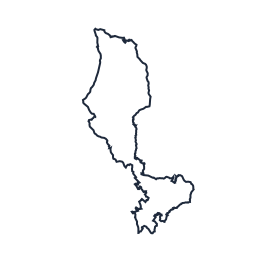 Vanatori, Mures, Romania, rotated 229°
{"feature_id": "2599482B98796527155526", "entity_name": "Vanatori", "entity_type": "district", "adm_level": 2, "iso_a3": "ROU", "parent_name": "Romania", "parent_adm1": "Mures", "projection": "natural_earth1", "projection_center": [25.005, 46.213], "detail": "fine", "context": "isolated", "style": "outline", "palette": "slate", "viewbox_px": 256, "rotation_deg": 229, "n_neighbors": 0, "source": "geoboundaries", "source_scale": "gbopen_adm2", "svg_char_len": 5778}
<svg xmlns="http://www.w3.org/2000/svg" viewBox="0 0 256 256"><g transform="rotate(229 128 128)"><path d="M224.3,168.5L224.1,167.0L223.3,166.5L219.5,164.9L218.9,164.4L217.0,164.4L216.1,164.1L212.5,160.8L210.0,159.5L209.6,157.8L209.1,157.9L208.8,158.3L208.5,157.7L207.7,157.6L207.4,157.2L205.4,156.3L201.9,155.8L200.5,155.0L198.4,153.2L197.8,151.7L197.0,150.7L196.3,150.5L195.4,149.7L189.7,141.9L186.5,136.4L185.3,134.9L184.3,132.2L183.1,130.5L182.5,128.0L182.4,126.2L181.7,125.0L180.1,123.2L179.8,121.6L179.8,119.9L178.4,116.4L178.3,115.1L178.7,112.4L177.0,111.4L176.7,111.0L175.8,110.7L170.2,111.6L167.1,110.5L164.0,110.0L162.4,110.2L161.2,111.4L158.1,110.8L157.9,110.6L158.5,110.3L158.6,109.2L158.3,108.3L158.5,107.1L158.1,106.4L158.1,105.9L158.8,105.4L159.6,103.7L158.9,102.6L158.3,102.7L156.4,101.9L155.8,101.1L154.1,100.1L148.9,100.5L146.4,99.4L145.5,99.3L144.5,99.7L142.3,99.8L140.7,100.5L140.0,101.1L138.3,101.7L136.1,103.6L134.4,104.2L132.3,104.2L131.8,104.0L131.3,102.9L130.9,102.6L129.1,102.2L127.0,102.4L126.6,101.4L125.4,101.4L125.1,100.7L124.8,101.2L124.1,101.2L124.1,101.6L123.6,100.9L121.2,99.3L120.0,99.0L117.3,98.9L116.0,97.7L114.7,96.9L114.2,96.8L113.8,97.3L112.3,97.9L110.0,97.2L108.4,100.0L106.4,101.5L105.0,101.6L101.5,100.3L99.6,100.4L100.3,102.1L100.4,103.6L100.2,104.1L99.3,104.5L99.4,105.5L99.2,106.0L97.1,106.8L95.4,105.3L94.7,104.3L92.6,102.8L91.3,103.3L90.2,102.0L85.6,101.8L85.8,100.4L79.3,100.8L79.5,100.1L79.7,100.3L80.3,99.6L78.7,98.5L79.1,98.0L80.5,97.8L81.0,97.2L81.1,96.3L78.6,96.3L75.3,95.5L74.7,96.2L75.7,97.1L76.1,98.4L75.9,98.8L74.7,99.1L74.1,98.7L73.9,98.2L73.6,98.1L71.8,98.1L69.4,97.8L68.8,98.9L69.1,99.3L68.4,100.1L68.0,99.6L67.1,99.3L67.0,98.0L66.7,97.1L65.9,97.3L64.4,96.6L63.5,97.3L61.7,97.7L60.7,95.7L60.7,95.3L61.5,94.8L60.7,92.6L65.3,91.9L65.2,91.0L64.8,91.0L65.1,88.1L61.8,87.0L60.5,86.3L59.8,85.3L58.3,85.2L59.2,83.6L60.0,82.8L62.7,82.0L62.5,81.2L61.1,80.8L60.5,81.7L58.9,81.3L60.3,78.0L61.4,76.6L62.1,76.4L62.3,75.9L60.4,75.7L59.2,77.4L57.6,76.7L56.4,75.2L56.3,75.4L54.9,74.3L51.4,73.4L49.7,71.8L46.6,70.7L45.2,69.8L42.0,67.0L41.8,67.3L42.2,68.1L42.2,68.9L41.5,69.8L42.4,73.1L43.6,73.0L44.0,73.7L43.6,74.4L43.5,76.0L41.4,77.1L40.3,76.8L38.4,77.2L33.8,76.5L32.8,77.0L32.4,77.6L32.9,79.2L32.4,80.3L34.1,81.5L34.4,82.1L35.7,83.6L35.8,84.6L35.3,85.7L36.9,87.0L37.5,86.8L39.7,87.0L41.6,86.1L42.6,90.5L44.4,90.1L44.7,91.7L43.4,92.6L42.9,93.5L43.1,94.5L44.2,94.1L44.3,94.8L43.0,95.9L42.4,95.9L41.8,95.5L40.7,96.5L39.9,96.1L40.5,95.0L40.3,94.5L39.9,93.8L38.3,92.8L37.6,91.6L35.9,91.9L34.9,93.5L33.8,93.6L33.2,94.0L33.8,94.9L34.1,96.8L36.2,99.5L36.1,100.1L36.5,99.9L37.7,100.2L37.6,101.1L37.2,101.8L37.8,102.1L37.5,102.4L37.6,102.8L37.3,104.1L37.6,104.7L38.1,104.7L38.2,105.1L37.9,106.0L38.1,106.7L37.6,107.5L37.8,107.7L37.1,108.7L37.2,109.4L37.8,109.6L37.4,110.0L37.6,110.2L37.7,110.6L36.4,111.4L35.6,112.5L36.1,113.5L35.9,113.9L36.1,117.0L35.7,118.1L36.0,118.7L35.6,119.3L35.6,120.0L34.7,121.2L33.9,122.9L33.2,123.4L33.0,124.0L32.3,124.3L32.0,125.3L32.0,126.2L31.7,126.4L32.4,126.9L32.9,127.6L33.7,127.9L34.3,129.3L36.8,131.5L37.1,132.5L37.9,133.4L38.6,137.3L39.6,137.6L40.5,138.5L41.8,139.3L43.5,139.5L44.2,139.1L46.1,139.7L48.0,138.2L49.3,136.4L51.1,136.0L52.4,136.1L56.1,137.2L58.1,136.5L58.9,135.5L58.8,135.0L59.3,135.0L59.3,134.2L59.0,133.3L59.3,132.9L59.2,132.7L59.8,132.6L59.3,132.4L58.9,131.6L58.3,131.2L58.5,130.9L58.0,130.7L57.9,130.0L57.3,129.8L57.4,129.5L56.8,129.3L56.8,128.6L56.4,128.4L56.3,127.4L55.9,127.4L56.0,127.1L58.5,126.6L59.5,126.1L59.8,127.5L60.7,129.6L61.4,130.2L61.1,128.5L62.5,126.6L63.6,126.4L65.8,125.2L66.2,124.2L66.0,123.7L66.3,121.8L67.3,121.2L68.3,120.0L69.4,119.1L70.2,117.6L70.9,117.0L70.9,115.6L73.6,114.9L73.6,114.6L74.4,114.0L78.8,112.1L82.2,108.9L84.3,107.8L84.9,108.3L83.8,108.8L82.9,108.8L82.7,109.3L84.2,110.2L85.2,110.3L85.7,111.3L86.2,111.5L86.5,113.3L88.5,115.0L89.5,115.5L90.0,116.2L90.0,116.9L90.4,117.2L91.0,117.1L91.0,116.4L91.5,115.8L93.1,115.4L93.7,115.0L94.2,115.1L94.0,116.1L94.5,116.9L95.8,115.9L97.8,115.6L98.2,115.2L99.3,115.4L100.3,114.7L99.4,113.7L100.5,113.3L100.8,113.9L101.3,113.8L101.9,114.3L102.4,115.5L103.1,115.5L104.2,116.5L104.1,117.0L105.8,118.7L106.0,119.4L106.9,120.4L107.1,121.2L109.9,122.8L109.9,123.6L110.3,124.0L112.7,124.7L113.2,125.2L113.5,125.9L115.9,127.2L115.8,127.6L116.0,127.9L117.3,128.6L117.4,129.7L118.5,130.3L119.3,131.3L120.7,132.4L121.4,133.3L121.5,133.7L122.4,134.2L124.0,134.3L124.5,135.3L124.7,134.6L125.1,134.6L124.9,134.8L124.9,135.1L126.0,135.4L127.3,134.7L127.4,135.1L128.4,135.4L128.4,135.7L129.3,135.8L130.3,136.5L131.0,137.2L130.7,137.7L130.9,137.9L131.4,137.7L132.0,138.8L132.9,138.8L133.2,140.8L133.0,142.1L133.6,144.3L133.2,145.7L133.9,147.8L133.9,148.4L133.4,150.0L132.4,152.3L132.1,155.6L131.5,156.1L130.3,158.4L131.1,159.5L135.4,163.8L136.8,165.6L139.8,165.9L141.0,166.4L142.6,168.6L144.3,169.3L145.2,170.3L146.9,171.2L147.8,172.6L149.2,173.6L150.8,173.7L153.8,175.0L154.2,175.4L154.8,177.3L156.4,178.8L159.4,179.6L160.2,180.3L160.5,180.9L161.5,182.0L162.2,182.5L163.9,183.1L165.2,183.0L167.4,181.9L171.1,181.8L171.9,182.0L175.5,181.8L177.4,183.3L179.3,184.2L180.0,185.0L183.5,186.1L184.0,186.6L184.3,187.7L185.2,189.0L187.5,188.4L189.5,188.4L190.5,188.2L192.1,188.4L192.6,187.0L193.5,187.2L193.9,186.8L193.9,186.4L193.7,186.1L193.1,185.9L193.4,185.2L194.8,184.7L195.3,183.6L195.4,183.4L194.9,183.2L194.3,182.6L194.2,181.8L195.7,181.6L197.7,181.9L197.2,183.0L196.6,183.5L198.8,184.2L199.5,183.1L202.2,180.7L206.0,178.6L206.2,178.3L206.0,178.1L206.6,177.3L206.6,177.1L207.1,176.1L207.4,176.1L207.4,175.8L207.8,175.6L207.7,175.2L208.0,175.1L208.1,174.5L209.7,175.1L212.2,174.6L214.0,173.6L215.4,173.4L216.7,173.7L217.3,174.3L220.8,171.9L221.5,169.9L223.4,168.7L224.3,168.5Z" fill="none" stroke="#1e293b" stroke-width="2"/></g></svg>